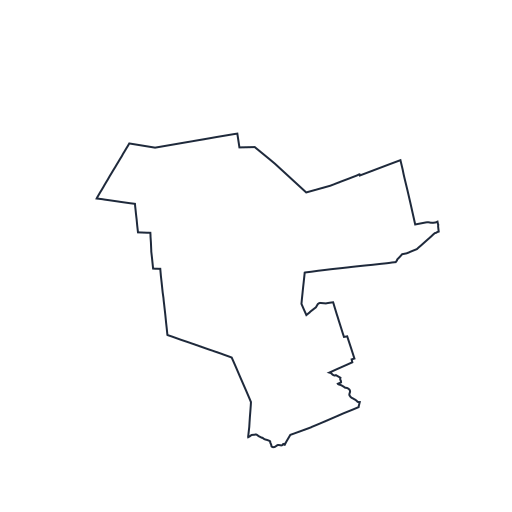 outline of Satchinez, Timis, Romania, rotated 32°
{"feature_id": "2599482B76356002585131", "entity_name": "Satchinez", "entity_type": "district", "adm_level": 2, "iso_a3": "ROU", "parent_name": "Romania", "parent_adm1": "Timis", "projection": "natural_earth1", "projection_center": [21.081, 45.93], "detail": "fine", "context": "isolated", "style": "outline", "palette": "slate", "viewbox_px": 512, "rotation_deg": 32, "n_neighbors": 0, "source": "geoboundaries", "source_scale": "gbopen_adm2", "svg_char_len": 4685}
<svg xmlns="http://www.w3.org/2000/svg" viewBox="0 0 512 512"><g transform="rotate(32 256 256)"><path d="M265.3,360.3L278.6,357.2L280.2,356.9L287.1,355.4L289.2,355.0L293.2,357.7L298.9,361.6L305.5,366.2L312.5,371.0L319.8,376.0L326.4,380.6L328.9,382.4L329.1,382.5L330.6,385.2L333.5,390.7L336.2,395.9L339.0,401.1L340.9,404.6L345.2,413.6L345.4,413.8L346.3,412.2L347.0,410.3L347.5,409.8L348.4,409.1L348.9,408.8L349.6,408.2L350.1,407.8L350.4,407.4L350.8,407.3L351.3,407.2L352.0,407.2L353.0,407.3L353.7,407.4L354.4,407.3L356.8,407.1L357.5,407.0L357.8,406.7L358.6,406.8L359.7,406.9L360.6,406.8L361.4,406.6L362.3,406.3L363.4,406.0L365.7,405.6L366.1,405.7L366.4,405.9L366.6,406.1L366.8,406.5L367.4,407.0L368.0,407.4L368.4,407.6L369.2,408.3L370.0,409.2L370.4,409.3L370.8,409.3L371.3,409.2L371.8,409.1L372.3,408.7L372.9,408.2L373.3,407.6L373.5,407.1L374.1,405.9L374.2,405.4L374.5,405.0L374.8,404.6L375.4,404.3L376.4,403.8L377.2,403.5L377.7,403.3L378.1,403.0L378.3,402.7L378.5,402.5L378.6,402.2L378.7,401.8L378.7,401.7L378.6,401.4L378.7,401.1L379.3,400.5L380.1,401.0L380.4,400.9L380.1,397.4L379.9,389.5L393.5,372.1L393.7,371.6L397.0,367.0L404.4,356.4L413.6,343.0L419.5,334.9L423.1,329.8L422.6,328.6L421.4,324.9L420.0,325.7L419.8,325.7L419.3,325.8L418.9,325.7L418.2,325.5L417.5,325.4L416.2,325.3L415.5,325.4L414.6,325.4L414.1,325.4L412.8,325.5L412.2,325.6L411.6,325.5L410.6,325.3L410.0,325.0L409.2,324.7L408.9,324.4L408.6,324.1L408.3,323.4L408.0,322.4L407.9,321.9L407.8,321.5L407.6,321.1L407.4,320.9L407.0,320.4L406.8,320.2L406.4,320.0L406.0,319.8L405.5,319.7L404.7,319.6L404.2,319.6L403.7,319.6L403.2,319.7L402.8,319.8L402.2,320.1L401.7,320.3L401.2,320.5L400.6,320.4L399.9,320.4L399.3,320.3L398.9,320.4L398.3,320.4L397.8,320.4L397.4,320.4L397.1,320.4L396.6,320.5L395.9,320.6L395.3,320.8L394.5,321.0L394.1,321.1L393.3,321.1L393.1,321.0L395.1,318.1L394.9,317.8L394.5,317.3L394.0,316.8L393.5,316.5L393.3,316.4L392.8,316.0L392.5,315.5L392.3,315.1L392.1,314.5L386.9,314.7L386.8,314.9L386.6,315.2L386.3,315.5L386.0,315.7L385.7,315.8L385.2,315.9L384.6,316.0L384.0,316.0L383.6,316.0L382.9,315.8L382.3,315.7L381.8,315.6L381.3,315.6L380.8,315.8L380.0,316.0L384.3,309.5L394.0,295.1L391.9,293.0L393.8,290.8L385.4,283.7L375.9,275.8L374.4,277.2L373.5,278.0L370.7,275.7L367.8,273.2L365.1,270.9L362.4,268.6L360.5,267.0L357.4,264.3L355.7,262.9L351.8,259.5L349.6,257.6L346.9,255.2L345.9,254.4L343.6,256.3L341.3,258.3L340.4,259.2L338.8,260.0L335.1,261.9L334.4,262.8L333.9,264.0L334.0,267.8L332.9,270.7L331.5,274.6L331.4,275.5L331.1,276.2L330.0,279.4L328.7,278.5L328.4,278.3L323.8,275.2L319.9,272.5L319.8,272.3L317.5,267.7L315.5,263.6L312.8,258.1L310.5,253.3L307.1,246.3L306.1,244.3L306.3,244.0L311.3,240.0L316.5,235.6L321.0,232.0L326.3,227.7L329.1,225.5L335.0,220.9L340.3,216.7L342.5,214.9L346.8,211.5L352.7,206.9L355.3,204.9L359.0,202.1L365.9,196.6L370.3,193.2L373.0,191.0L374.8,189.4L377.7,187.2L377.9,185.1L377.8,184.8L377.7,184.4L377.6,184.1L378.4,180.5L379.0,177.0L381.1,175.1L381.2,174.9L381.8,174.5L383.0,173.1L383.1,172.8L383.6,172.3L384.1,171.4L385.8,169.0L388.8,164.9L389.4,162.6L390.4,159.5L391.5,155.7L392.4,152.6L393.2,149.9L394.3,146.2L394.9,143.8L395.5,141.9L396.5,140.8L396.8,140.2L396.9,139.9L397.0,139.7L397.5,139.1L398.0,138.5L395.0,134.7L394.7,134.3L393.9,132.8L393.4,132.5L391.7,130.7L391.5,131.0L390.6,132.3L389.2,133.5L388.3,134.2L387.5,134.6L386.7,135.1L386.0,135.4L385.1,135.7L384.2,136.1L383.6,136.5L382.6,137.2L374.3,144.9L358.8,129.2L351.6,122.0L349.7,120.1L340.8,111.4L337.9,108.5L334.4,104.8L327.7,98.2L320.7,107.3L301.4,132.7L300.5,131.9L300.0,132.4L299.5,133.3L298.5,134.8L295.7,138.5L293.7,141.2L288.8,147.6L281.8,157.0L264.9,175.5L223.1,167.7L216.6,166.8L200.2,164.7L197.2,164.3L184.7,172.5L184.4,172.7L175.3,162.1L172.5,164.5L159.4,176.1L154.2,180.8L136.5,196.6L113.0,217.6L88.9,227.7L89.0,230.8L89.0,233.2L89.1,237.4L89.1,239.6L89.3,242.5L89.3,245.5L89.4,250.4L89.4,252.0L89.5,255.1L89.5,258.0L89.5,258.8L89.6,263.6L89.6,265.4L89.8,270.0L89.8,271.8L89.9,276.2L90.0,278.0L90.1,282.3L90.1,284.7L90.3,290.6L90.4,291.7L91.3,291.3L91.6,291.1L94.0,290.0L95.2,289.4L97.9,288.3L102.6,286.2L110.1,282.9L112.2,282.0L121.2,278.0L125.7,275.9L127.2,277.9L129.5,280.8L131.9,283.9L133.9,286.4L135.2,288.0L139.1,293.1L143.4,298.5L145.3,297.4L151.1,294.1L154.1,292.3L155.4,294.1L156.3,295.5L159.7,300.2L164.3,306.9L164.8,307.7L169.1,313.1L173.3,318.5L175.4,321.2L176.9,320.4L179.6,318.8L181.6,317.6L182.2,318.4L185.9,323.3L190.1,328.6L194.0,333.6L196.2,336.4L199.8,340.7L201.4,342.8L204.2,346.3L205.7,348.2L208.4,351.6L210.3,354.0L214.1,358.9L214.7,359.7L218.5,364.5L222.7,369.9L223.0,369.9L227.6,368.8L236.9,366.8L243.1,365.3L265.3,360.3Z" fill="none" stroke="#1e293b" stroke-width="2"/></g></svg>